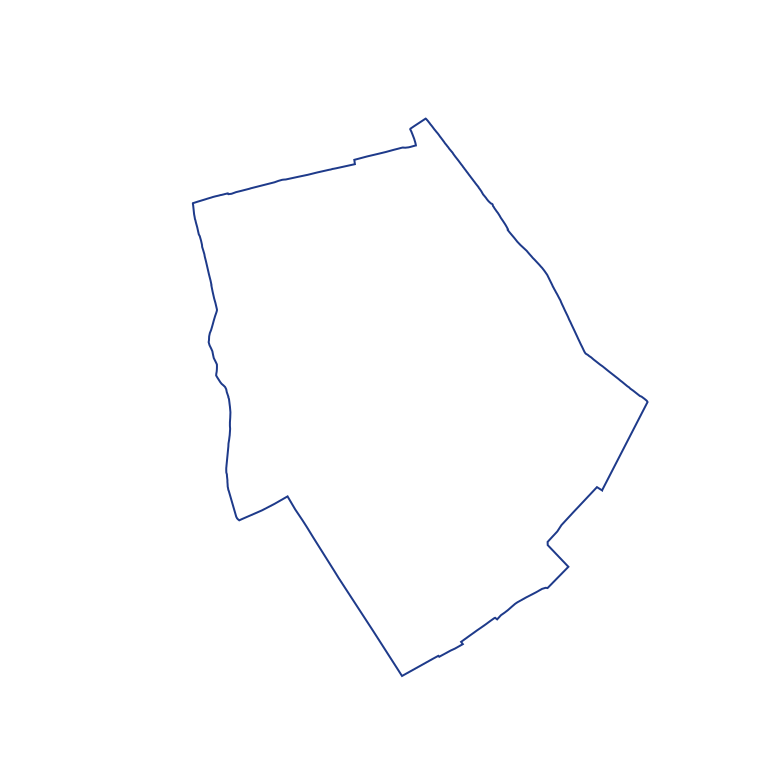 Rascaeti, Dâmbovita, Romania, rotated 24°
{"feature_id": "2599482B15564462831456", "entity_name": "Rascaeti", "entity_type": "district", "adm_level": 2, "iso_a3": "ROU", "parent_name": "Romania", "parent_adm1": "Dâmbovita", "projection": "equal_earth", "projection_center": [25.264, 44.589], "detail": "fine", "context": "isolated", "style": "outline", "palette": "blue", "viewbox_px": 768, "rotation_deg": 24, "n_neighbors": 0, "source": "geoboundaries", "source_scale": "gbopen_adm2", "svg_char_len": 5853}
<svg xmlns="http://www.w3.org/2000/svg" viewBox="0 0 768 768"><g transform="rotate(24 384 384)"><path d="M519.2,643.4L540.3,615.3L544.2,610.2L544.6,610.3L545.4,610.7L553.3,600.4L556.4,596.9L561.8,589.6L559.3,588.2L564.9,578.6L569.3,571.1L574.7,562.2L577.4,557.4L579.9,553.2L580.6,552.4L583.1,553.0L584.9,547.6L586.9,544.3L589.1,540.3L591.3,535.5L593.2,531.5L594.7,529.1L600.7,521.1L607.6,512.5L611.7,506.9L614.6,504.4L616.4,503.9L626.8,476.0L599.1,464.6L597.7,461.7L600.0,454.9L602.3,448.2L603.5,440.7L609.1,424.2L620.5,391.6L626.6,392.5L626.5,392.0L632.1,293.3L630.8,292.4L628.0,291.6L625.3,291.0L624.5,290.8L623.6,290.8L622.8,290.9L618.9,289.9L614.2,288.7L612.1,288.3L610.7,288.0L609.3,287.4L607.4,287.1L605.6,286.6L604.9,286.4L600.6,285.2L598.8,284.8L596.1,284.0L584.1,281.0L576.2,278.9L573.6,278.4L568.5,277.1L565.6,276.4L562.4,275.4L561.2,275.2L560.0,275.0L559.6,274.9L559.1,274.7L558.2,274.5L557.3,274.4L556.5,274.3L555.9,274.2L555.3,273.9L554.5,273.4L553.1,272.3L551.5,270.9L549.5,269.2L548.0,268.0L546.6,266.8L545.0,265.4L543.1,263.8L541.2,262.1L539.0,260.2L536.6,258.1L534.5,256.3L532.4,254.5L530.9,253.2L529.1,251.6L526.9,249.8L525.0,248.0L523.5,246.7L522.3,245.7L520.4,244.1L519.1,243.0L517.3,241.4L515.7,240.0L514.5,239.0L513.5,238.1L512.6,237.3L512.0,236.7L511.3,236.0L510.8,235.6L509.6,234.7L508.7,234.0L507.7,233.2L506.7,232.4L505.7,231.6L505.0,231.1L504.3,230.6L503.5,230.0L502.5,229.2L501.3,228.3L500.6,227.8L499.9,227.2L499.3,226.7L498.7,226.4L498.5,226.1L498.2,225.9L497.6,225.3L488.7,217.9L485.7,216.1L485.4,215.9L484.0,215.1L482.5,214.3L481.2,213.6L479.0,212.7L478.7,212.5L476.9,211.7L473.1,210.1L471.0,209.2L468.6,208.3L467.2,207.6L464.1,206.2L461.6,205.0L460.2,204.3L457.0,203.2L452.0,201.5L447.9,199.8L446.0,198.8L443.7,197.6L437.3,194.5L434.6,193.1L434.3,192.9L434.4,192.5L434.4,192.3L433.6,191.7L432.2,190.6L430.0,189.0L426.6,186.8L423.0,184.6L421.3,183.3L418.6,181.5L416.4,180.3L414.6,179.2L413.5,178.6L412.9,178.1L412.5,177.8L412.2,177.6L411.7,177.4L411.0,176.9L410.6,176.3L410.3,175.9L410.0,175.7L409.8,175.6L409.2,175.5L408.6,175.6L408.1,175.5L405.7,174.7L404.5,174.2L402.6,173.2L401.5,172.5L400.5,172.0L398.7,171.1L397.4,170.5L396.4,169.7L395.7,169.3L394.8,168.5L393.6,167.8L392.5,167.1L391.2,166.4L390.5,166.0L390.4,165.9L390.3,165.7L390.0,165.6L389.3,165.2L388.8,164.9L388.7,164.9L387.9,164.5L387.2,164.1L386.4,163.7L385.5,163.2L384.8,162.8L384.7,162.7L383.5,162.1L383.1,161.9L382.1,161.3L381.5,161.0L381.2,160.8L380.8,160.6L379.5,159.9L378.1,159.1L376.4,158.2L376.2,158.1L375.1,157.4L374.5,157.1L373.2,156.4L371.8,155.6L371.3,155.3L370.3,154.8L369.6,154.4L369.0,154.0L367.9,153.5L367.7,153.3L367.2,153.0L366.3,152.5L365.1,151.9L363.9,151.2L362.1,150.2L360.9,149.5L360.6,149.4L360.1,149.1L359.8,148.9L358.9,148.5L357.7,147.8L357.0,147.5L356.0,146.9L355.8,146.8L355.4,146.6L354.9,146.3L354.4,146.0L353.9,145.7L353.5,145.5L353.1,145.2L352.9,145.0L352.4,144.7L351.8,144.5L351.6,144.3L350.4,143.8L349.7,143.4L348.6,142.9L348.0,142.6L347.5,142.3L346.4,141.6L345.1,141.0L344.6,140.7L343.3,140.0L342.0,139.4L341.5,139.1L340.7,138.6L340.1,138.2L338.7,137.5L338.0,137.0L337.7,136.9L336.3,136.1L335.2,135.5L334.5,135.2L334.1,134.9L333.6,134.6L332.6,134.0L331.1,133.2L330.5,132.9L329.0,132.2L327.5,131.4L326.6,131.0L325.9,130.6L324.3,129.7L323.6,129.3L321.9,128.4L321.5,128.2L321.0,128.0L319.3,127.0L318.1,126.4L317.4,126.0L316.4,125.5L315.6,125.2L315.3,125.0L314.3,124.6L314.1,124.6L306.4,136.6L304.3,140.0L304.3,140.4L304.4,140.7L306.0,142.0L306.9,142.8L307.1,143.1L307.8,143.7L308.5,144.4L309.2,145.1L310.1,146.0L311.7,147.6L312.0,147.9L312.4,148.4L313.7,149.9L314.3,150.6L315.6,152.3L316.1,153.1L315.8,153.3L311.4,156.9L310.2,157.8L307.3,159.5L305.5,160.2L305.2,160.2L303.8,161.2L301.2,163.3L297.9,165.9L291.3,171.3L285.2,176.0L276.0,183.0L265.7,191.3L268.0,195.0L262.6,199.0L252.4,206.5L250.1,208.1L249.7,208.3L249.5,208.5L248.1,209.7L247.7,210.0L247.2,210.3L246.9,210.5L237.5,217.5L236.7,218.1L229.4,223.8L221.5,229.5L211.1,237.1L209.4,238.0L207.9,238.9L204.9,241.4L202.3,243.9L202.0,244.2L182.2,259.8L182.1,260.0L174.8,265.8L170.8,268.9L167.4,272.2L164.6,273.9L164.4,273.9L163.8,273.4L163.3,273.7L162.2,274.6L161.5,275.1L160.3,276.1L159.5,276.7L158.9,277.2L157.8,277.9L156.5,279.0L153.3,281.4L152.7,281.9L151.7,282.7L150.8,283.5L150.6,283.7L147.2,286.6L146.1,287.6L139.3,293.5L139.2,293.6L136.5,296.0L136.0,296.3L135.9,296.6L136.1,297.1L136.9,298.3L137.1,298.6L141.5,306.2L143.3,308.8L144.2,310.2L145.0,311.0L146.5,313.0L149.7,316.9L152.2,320.3L154.0,322.7L155.5,323.8L158.6,327.5L161.2,331.0L162.1,332.7L164.3,335.2L167.1,338.5L168.5,340.6L171.2,344.0L175.2,349.3L179.4,354.9L183.5,360.1L186.1,363.7L186.0,363.9L188.4,367.3L189.9,369.4L194.0,374.9L197.1,378.6L201.1,383.9L201.5,384.9L201.8,387.1L201.8,387.3L202.1,390.8L202.7,395.4L203.3,399.2L203.7,402.0L204.1,405.1L204.2,408.3L204.9,411.6L206.3,415.2L206.8,417.1L208.9,419.6L211.7,421.9L211.9,422.1L213.9,423.9L215.7,426.5L217.9,429.5L221.8,432.7L223.4,434.1L224.3,436.0L225.3,438.4L226.1,440.7L226.6,442.8L227.2,444.5L229.0,445.8L233.7,448.9L235.6,449.9L238.0,450.6L240.1,451.4L242.0,453.0L243.7,455.4L246.7,458.6L247.0,458.9L247.0,459.2L248.5,460.8L252.6,467.6L255.2,472.3L257.3,477.5L258.8,481.6L260.3,485.0L261.7,487.6L264.0,493.9L264.0,494.0L265.2,498.0L266.2,501.8L267.2,504.3L273.5,523.2L273.6,523.4L273.8,524.1L274.1,525.0L274.6,526.1L274.7,526.4L274.9,526.8L275.9,528.9L276.3,529.4L277.0,530.2L277.3,530.6L278.0,532.0L280.1,535.6L280.7,537.0L281.9,539.2L282.5,540.4L283.0,541.4L284.0,542.7L284.2,543.1L284.5,543.5L284.7,543.8L285.1,544.3L285.3,544.5L285.5,544.6L302.7,565.0L302.9,565.3L303.6,565.8L304.3,566.4L305.1,566.8L305.6,567.0L306.1,567.1L307.2,567.4L309.8,564.5L323.9,549.1L332.6,538.2L341.6,525.9L353.9,534.7L364.9,541.6L371.6,546.0L382.1,553.2L415.2,575.4L421.5,579.7L474.8,614.2L519.2,643.4Z" fill="none" stroke="#1e3a8a" stroke-width="2"/></g></svg>